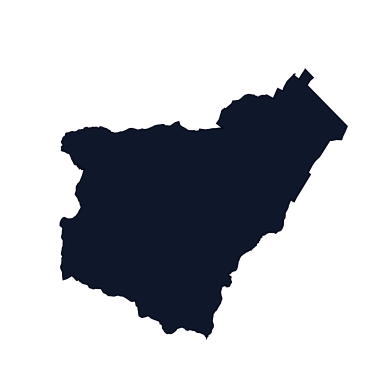 outline of Turia, Covasna, Romania, rotated 282°
{"feature_id": "2599482B69568835310274", "entity_name": "Turia", "entity_type": "district", "adm_level": 2, "iso_a3": "ROU", "parent_name": "Romania", "parent_adm1": "Covasna", "projection": "robinson", "projection_center": [26.016, 46.065], "detail": "fine", "context": "isolated", "style": "filled", "palette": "ink", "viewbox_px": 384, "rotation_deg": 282, "n_neighbors": 0, "source": "geoboundaries", "source_scale": "gbopen_adm2", "svg_char_len": 5889}
<svg xmlns="http://www.w3.org/2000/svg" viewBox="0 0 384 384"><g transform="rotate(282 192 192)"><path d="M288.5,330.0L320.3,282.1L325.9,284.3L329.0,286.7L335.4,277.3L334.6,277.2L333.7,276.7L333.0,276.7L332.5,276.3L330.9,275.6L324.3,273.2L326.9,267.8L327.2,267.7L328.5,267.9L328.1,267.2L327.1,266.9L319.9,262.3L313.4,260.4L309.4,260.0L310.9,254.4L300.1,252.2L302.3,245.0L301.1,242.7L301.0,240.9L299.5,238.1L298.5,237.4L298.2,236.9L298.3,236.0L298.8,235.4L298.6,234.4L298.7,233.8L299.3,233.1L299.5,232.4L299.2,230.3L299.2,227.5L297.8,224.5L296.9,223.4L293.3,220.8L291.2,218.8L289.7,214.6L289.4,213.2L287.8,213.0L286.1,212.4L281.9,209.0L280.3,208.1L280.0,207.7L280.5,206.6L279.2,205.7L278.2,204.6L276.2,204.2L275.6,204.5L273.0,204.1L268.8,203.9L264.2,202.0L263.6,203.6L262.8,204.9L261.9,207.6L261.0,209.2L259.8,205.0L258.4,201.2L258.5,200.9L257.5,197.5L256.9,197.0L256.3,194.8L255.4,192.4L254.9,186.6L253.6,186.4L253.1,186.2L252.6,184.9L251.9,182.1L252.4,181.2L251.8,179.7L251.1,175.9L251.3,174.8L252.7,171.7L252.7,171.2L253.1,170.1L253.1,169.4L254.0,167.7L254.4,166.3L257.9,164.4L256.1,161.2L251.8,157.2L251.5,155.5L251.4,153.9L251.0,152.5L251.0,151.9L251.7,150.9L251.9,150.2L251.6,148.8L250.8,147.1L250.3,145.2L248.7,141.7L247.3,140.2L243.8,135.1L243.7,134.4L242.9,132.4L243.1,130.1L241.9,128.3L241.1,125.9L241.0,124.8L241.4,124.2L241.4,121.6L241.6,120.7L241.0,118.2L240.6,117.4L238.6,115.1L236.1,111.6L235.9,110.1L234.2,107.1L233.7,105.3L233.2,104.3L233.2,103.3L233.6,102.5L233.3,100.3L234.8,98.8L235.1,97.2L235.9,95.5L236.3,91.1L236.6,90.1L236.7,89.1L236.5,88.7L234.7,87.3L235.0,85.9L235.3,85.6L235.3,85.1L234.5,82.6L234.6,81.5L233.7,80.3L233.3,78.8L232.7,77.4L233.2,75.9L232.9,74.9L232.1,73.6L230.7,73.1L230.3,72.5L229.9,71.9L229.9,71.1L229.6,71.0L229.0,68.3L227.2,66.9L226.8,66.3L226.0,64.3L226.1,62.4L225.3,60.8L224.2,59.4L223.5,57.2L223.2,56.8L222.6,56.5L221.1,56.6L219.5,56.3L219.1,55.2L218.8,55.0L218.0,54.7L216.0,54.6L214.0,54.0L212.7,54.9L211.8,56.1L211.3,56.3L210.0,56.0L209.3,55.2L208.9,55.0L207.3,55.7L205.8,55.7L205.4,56.4L205.2,59.6L204.3,62.0L204.3,63.4L204.0,64.4L201.8,66.2L199.0,67.9L197.5,69.3L194.9,71.2L194.6,72.8L194.6,73.9L195.4,74.3L194.9,74.5L194.9,74.8L194.2,75.2L194.0,74.7L193.6,74.6L192.8,75.6L192.5,76.6L191.5,77.0L192.5,78.3L192.4,78.6L192.0,78.7L191.2,79.4L191.3,80.1L191.8,80.8L191.4,81.7L191.5,82.0L185.2,81.6L178.2,80.3L176.3,78.9L173.2,77.9L169.1,78.8L166.6,78.4L165.4,78.5L163.3,80.8L162.7,81.7L160.2,83.0L159.0,84.5L156.0,85.7L155.0,86.7L154.0,86.9L152.6,86.8L150.5,85.9L147.7,85.3L146.3,84.7L143.9,83.5L143.0,82.5L141.4,81.3L140.6,80.0L139.6,76.1L140.3,73.0L140.4,72.5L140.0,71.5L138.1,70.4L136.1,69.8L134.4,69.7L131.9,70.1L131.5,70.6L131.1,72.0L130.0,73.1L129.1,73.5L127.1,73.5L123.4,74.1L121.9,73.8L120.0,74.3L118.3,76.1L116.1,76.8L115.2,76.7L113.0,77.4L110.2,77.0L107.4,77.3L106.6,77.1L104.5,77.3L103.5,77.7L103.2,78.5L101.5,79.5L100.8,78.8L99.7,78.7L98.8,79.1L94.7,79.7L92.2,79.2L91.2,79.4L90.3,79.6L87.4,81.8L86.4,82.3L81.4,83.6L79.6,84.3L81.4,87.4L84.0,90.4L85.0,91.2L85.3,91.9L84.2,94.2L81.8,97.4L81.7,97.8L82.5,98.8L82.9,99.8L82.3,100.2L81.1,101.4L81.6,102.1L81.2,102.4L80.6,103.4L80.2,103.6L79.9,109.0L79.4,109.8L77.3,111.7L77.4,112.7L76.9,115.0L77.2,116.4L78.0,117.6L78.0,118.7L78.3,119.2L78.2,120.1L78.4,121.2L78.8,122.1L78.9,123.0L75.3,126.6L74.9,129.3L74.1,130.4L73.5,131.9L73.9,134.0L74.1,137.2L75.9,140.7L76.0,141.5L75.7,143.2L76.0,145.2L76.0,146.3L75.0,149.7L72.8,154.7L72.7,155.4L72.8,156.3L73.7,158.5L73.5,159.1L72.2,160.1L70.2,160.8L69.3,161.3L68.6,162.8L67.9,163.5L66.4,163.7L65.0,164.4L60.6,165.8L59.9,166.3L59.0,169.0L60.4,172.1L61.8,174.4L61.9,175.1L61.6,176.4L60.5,178.0L59.7,181.8L59.6,183.5L59.2,185.0L59.0,187.0L57.3,188.3L56.8,188.3L56.9,188.7L56.1,189.8L55.9,190.7L55.7,191.0L52.9,191.6L52.2,192.0L52.0,192.7L51.6,193.1L50.6,193.7L49.7,194.7L48.6,196.6L48.7,197.7L49.1,198.4L49.2,200.4L49.7,201.5L50.8,202.7L53.2,204.7L55.3,205.4L58.0,210.0L57.4,213.3L56.2,214.8L56.0,215.5L56.0,216.5L56.2,217.0L56.9,217.7L57.1,218.1L57.2,219.5L57.0,221.4L57.4,223.1L56.0,226.2L56.3,229.0L56.1,230.4L55.3,234.0L54.0,235.1L53.2,236.3L52.6,236.6L53.5,236.7L54.4,237.4L55.0,236.8L55.3,236.9L56.8,238.5L58.4,239.7L61.6,239.7L64.2,240.7L66.2,240.4L69.8,238.4L75.7,238.0L76.7,237.6L77.7,238.2L80.0,239.0L80.8,239.4L81.0,239.9L82.5,240.6L84.0,240.9L89.5,242.9L91.0,242.7L92.6,243.2L94.4,243.1L96.4,241.9L99.8,240.5L105.0,240.7L105.9,240.9L107.9,244.1L107.7,244.7L106.7,245.1L106.8,246.3L107.4,247.7L108.0,248.1L110.9,248.6L111.6,249.2L112.4,249.1L113.0,248.5L114.0,248.1L114.8,247.3L116.0,247.8L116.9,247.7L117.3,247.4L117.2,246.6L117.4,246.2L117.3,245.7L118.4,245.3L118.9,244.9L119.6,244.8L120.9,245.9L120.5,246.4L121.6,246.8L122.8,247.9L123.6,249.1L124.0,250.2L124.4,250.4L124.5,250.8L125.0,251.1L126.1,251.5L127.8,251.7L132.3,251.6L134.3,251.4L134.9,251.9L136.9,252.0L139.9,253.0L140.9,254.0L142.3,255.1L143.9,256.7L145.3,257.6L145.2,258.2L145.6,259.0L146.8,259.7L147.0,260.5L148.0,261.3L147.8,261.9L149.4,262.7L151.9,264.7L152.7,264.9L153.1,265.8L153.4,265.8L153.7,265.5L154.4,265.6L156.2,266.5L156.4,267.3L158.9,267.3L158.8,267.9L161.2,268.2L161.8,268.9L162.3,268.8L162.4,269.5L164.5,269.4L165.2,270.4L164.8,270.9L165.0,271.5L166.5,272.9L167.2,273.0L167.5,273.5L167.7,274.5L169.4,276.1L169.4,276.3L168.8,276.6L168.8,276.8L169.2,278.1L169.3,278.9L169.8,279.8L169.7,280.3L169.9,281.0L169.1,282.1L170.0,283.2L171.5,283.8L172.3,285.5L172.4,286.0L173.7,287.0L176.3,287.8L178.7,288.0L184.2,287.0L184.5,287.4L186.2,288.1L188.7,287.8L189.9,287.3L190.5,287.5L191.5,287.4L192.8,287.7L193.3,288.2L194.2,288.2L195.4,288.7L197.9,289.0L198.1,288.7L204.5,289.9L205.3,290.1L204.1,292.6L203.8,293.9L208.5,295.1L233.7,304.0L234.7,302.0L235.3,301.5L243.6,303.9L247.2,305.4L249.7,306.8L252.6,308.9L253.8,309.5L271.4,316.0L271.7,318.1L273.6,322.3L274.4,327.3L278.2,327.7L282.3,328.8L288.5,330.0Z" fill="#0f172a" stroke="#020617" stroke-width="1.5"/></g></svg>